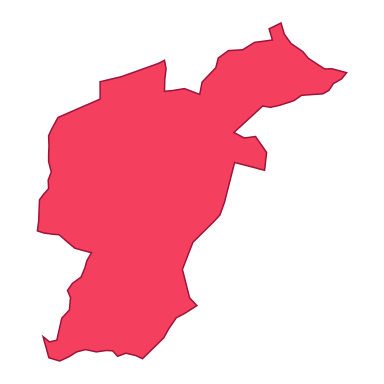 Feliz, Rio Grande do Sul, Brazil (Mercator projection)
{"feature_id": "56859067B13504623121185", "entity_name": "Feliz", "entity_type": "district", "adm_level": 2, "iso_a3": "BRA", "parent_name": "Brazil", "parent_adm1": "Rio Grande do Sul", "projection": "mercator", "projection_center": [-51.284, -29.457], "detail": "fine", "context": "isolated", "style": "filled", "palette": "rose", "viewbox_px": 384, "rotation_deg": 0, "n_neighbors": 0, "source": "geoboundaries", "source_scale": "gbopen_adm2", "svg_char_len": 1237}
<svg xmlns="http://www.w3.org/2000/svg" viewBox="0 0 384 384"><path d="M58.0,117.4L51.7,129.1L48.6,135.7L49.0,146.2L48.6,153.9L48.6,161.6L51.3,171.9L48.2,180.1L48.6,188.6L43.5,194.4L39.5,199.8L39.1,209.7L38.7,220.9L37.4,230.9L43.9,233.0L52.1,234.1L59.2,234.8L67.2,241.8L74.8,248.2L83.9,250.7L91.5,252.7L86.9,260.6L84.9,267.9L81.1,277.0L72.3,283.5L67.5,290.5L70.5,297.6L69.4,310.0L61.8,318.1L56.8,340.2L49.6,341.9L43.1,336.7L48.9,357.8L59.7,361.0L69.0,356.7L76.7,351.9L85.5,349.6L96.4,351.9L106.2,350.5L112.6,350.8L117.6,356.3L125.8,353.2L135.7,355.5L142.5,358.7L163.7,337.9L168.8,328.7L176.4,317.7L184.7,313.4L196.9,305.6L189.6,297.9L182.4,269.4L192.9,242.3L214.5,220.9L219.9,215.0L224.4,202.6L234.6,162.5L264.6,170.3L266.6,152.4L255.5,136.5L244.3,138.0L233.9,132.5L262.7,106.0L270.4,107.3L279.3,105.4L293.8,100.7L301.6,95.3L323.0,93.8L329.0,90.3L333.4,83.6L341.6,78.9L346.6,72.7L332.1,68.8L324.5,68.9L308.3,58.3L302.9,51.7L291.0,43.5L284.3,34.2L281.0,23.0L269.1,28.8L272.4,40.0L254.5,42.4L242.6,49.8L228.4,50.6L218.3,58.0L215.8,67.7L202.1,82.1L199.7,94.4L184.4,88.6L172.3,90.6L164.5,91.3L164.8,79.2L166.1,68.8L164.5,60.3L158.7,63.3L121.3,76.7L100.1,81.7L100.1,99.1L58.0,117.4Z" fill="#f43f5e" stroke="#9f1239" stroke-width="1.5"/></svg>